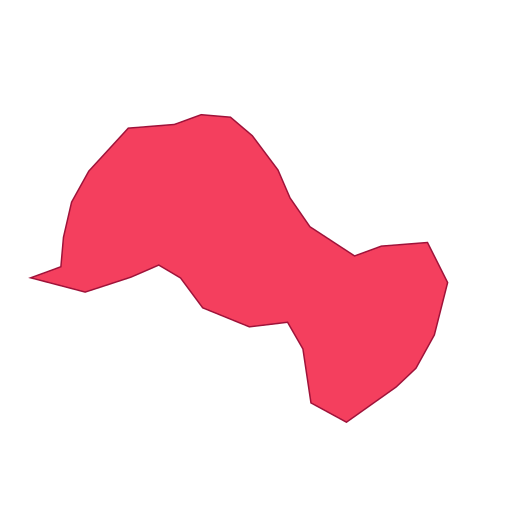 the district of Psimolofou, Nicosia, Cyprus, rotated 205°
{"feature_id": "46923920B41112983701045", "entity_name": "Psimolofou", "entity_type": "district", "adm_level": 2, "iso_a3": "CYP", "parent_name": "Cyprus", "parent_adm1": "Nicosia", "projection": "mercator", "projection_center": [33.281, 35.058], "detail": "fine", "context": "isolated", "style": "filled", "palette": "rose", "viewbox_px": 512, "rotation_deg": 205, "n_neighbors": 0, "source": "geoboundaries", "source_scale": "gbopen_adm2", "svg_char_len": 539}
<svg xmlns="http://www.w3.org/2000/svg" viewBox="0 0 512 512"><g transform="rotate(205 256 256)"><path d="M425.8,317.9L443.4,262.3L445.9,226.9L438.4,191.6L428.3,163.8L451.0,141.0L395.6,151.1L360.4,184.0L340.3,206.7L315.1,204.2L282.4,186.5L232.1,189.0L199.4,209.3L174.2,191.6L144.1,146.1L103.8,143.6L73.6,196.6L63.6,221.9L61.0,259.8L71.1,312.9L106.3,340.7L146.6,317.9L166.7,297.7L219.5,305.3L249.7,323.0L272.4,343.2L310.1,363.4L337.8,371.0L365.4,360.9L385.6,340.7L425.8,317.9Z" fill="#f43f5e" stroke="#9f1239" stroke-width="1.5"/></g></svg>